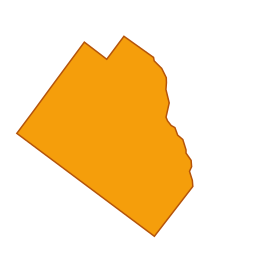 Fulton, Illinois, United States of America, rotated 306°
{"feature_id": "52423323B45529880929650", "entity_name": "Fulton", "entity_type": "district", "adm_level": 2, "iso_a3": "USA", "parent_name": "United States of America", "parent_adm1": "Illinois", "projection": "albers", "projection_center": [-90.101, 40.449], "detail": "fine", "context": "isolated", "style": "filled", "palette": "amber", "viewbox_px": 256, "rotation_deg": 306, "n_neighbors": 0, "source": "geoboundaries", "source_scale": "gbopen_adm2", "svg_char_len": 529}
<svg xmlns="http://www.w3.org/2000/svg" viewBox="0 0 256 256"><g transform="rotate(306 128 128)"><path d="M57.9,69.6L56.3,184.5L55.9,213.0L118.8,214.8L123.4,210.9L129.1,203.2L134.1,202.2L138.9,198.1L141.8,189.7L144.4,187.8L150.9,179.1L151.4,172.4L155.9,165.7L155.4,161.4L157.0,155.8L159.1,152.4L172.5,146.6L181.4,136.1L187.2,132.5L191.2,129.4L196.0,120.3L197.0,113.9L197.7,109.7L200.1,107.2L199.8,70.8L171.1,70.4L171.8,42.2L115.0,41.7L86.7,41.6L58.3,41.2L57.9,69.6Z" fill="#f59e0b" stroke="#b45309" stroke-width="1.5"/></g></svg>